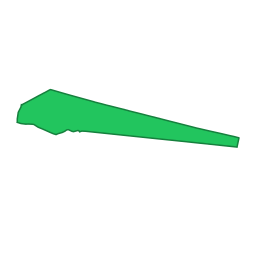 outline of Al Buhaira, River Nile, Sudan, rotated 102°
{"feature_id": "16777658B74414599531320", "entity_name": "Al Buhaira", "entity_type": "district", "adm_level": 2, "iso_a3": "SDN", "parent_name": "Sudan", "parent_adm1": "River Nile", "projection": "natural_earth1", "projection_center": [32.571, 20.233], "detail": "fine", "context": "isolated", "style": "filled", "palette": "green", "viewbox_px": 256, "rotation_deg": 102, "n_neighbors": 0, "source": "geoboundaries", "source_scale": "gbopen_adm2", "svg_char_len": 1367}
<svg xmlns="http://www.w3.org/2000/svg" viewBox="0 0 256 256"><g transform="rotate(102 128 128)"><path d="M124.0,17.4L120.1,17.4L115.4,17.4L115.0,17.4L114.9,17.4L114.7,17.4L114.5,17.6L114.5,18.6L114.3,22.6L114.3,23.1L114.3,23.3L114.3,26.6L114.1,35.7L114.1,36.5L114.0,47.0L113.8,58.7L113.8,59.3L113.8,60.2L113.8,60.8L113.7,62.6L112.9,81.9L112.7,87.6L112.3,97.1L111.7,112.6L111.5,116.6L111.3,122.3L111.2,125.8L111.0,131.1L110.9,131.7L110.2,149.7L110.1,154.0L109.8,159.2L109.7,162.5L109.6,164.7L109.6,165.1L109.6,165.5L109.4,167.1L109.1,172.4L107.9,192.2L107.7,195.2L107.6,196.6L107.5,198.0L107.4,199.5L106.6,210.5L106.6,210.9L106.6,211.9L106.6,212.0L107.4,213.0L108.6,214.4L110.6,216.7L111.5,217.9L112.3,218.8L112.8,219.4L113.2,219.9L113.5,220.2L114.6,221.6L116.4,223.7L117.6,225.1L121.0,229.1L125.4,234.3L126.3,235.4L126.9,236.1L127.4,236.7L127.5,236.7L127.4,237.1L128.2,237.1L129.9,237.1L134.0,238.2L135.5,238.6L142.1,238.2L145.0,237.6L145.5,237.6L145.6,236.4L145.9,233.7L145.5,229.0L144.8,226.1L144.2,222.4L144.1,220.8L145.9,216.1L146.6,212.2L146.8,211.1L148.6,202.7L149.2,199.5L149.2,198.9L149.4,197.0L148.2,195.4L146.0,191.3L144.3,189.1L142.6,187.6L142.0,185.9L142.9,182.1L142.9,180.5L140.8,176.4L141.2,175.0L141.8,174.5L140.6,172.5L140.0,168.7L132.4,97.0L130.7,81.3L124.1,18.6L124.0,17.5L124.0,17.4Z" fill="#22c55e" stroke="#15803d" stroke-width="1.5"/></g></svg>